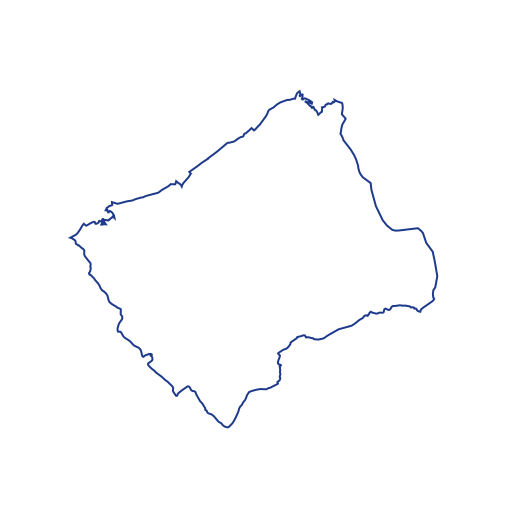 outline of Chibed, Mures, Romania, rotated 107°
{"feature_id": "2599482B68671964620043", "entity_name": "Chibed", "entity_type": "district", "adm_level": 2, "iso_a3": "ROU", "parent_name": "Romania", "parent_adm1": "Mures", "projection": "equal_earth", "projection_center": [24.976, 46.536], "detail": "fine", "context": "isolated", "style": "outline", "palette": "blue", "viewbox_px": 512, "rotation_deg": 107, "n_neighbors": 0, "source": "geoboundaries", "source_scale": "gbopen_adm2", "svg_char_len": 6062}
<svg xmlns="http://www.w3.org/2000/svg" viewBox="0 0 512 512"><g transform="rotate(107 256 256)"><path d="M297.8,429.3L297.6,429.0L297.7,428.4L299.1,425.5L299.8,423.4L300.6,422.1L301.0,421.8L304.6,420.8L306.2,419.6L309.1,415.5L311.1,412.4L312.6,411.6L314.5,411.4L315.4,410.7L316.4,410.4L319.1,410.1L321.2,410.7L321.7,410.5L322.0,409.9L322.5,409.7L322.7,408.0L323.9,406.0L324.7,404.4L326.3,402.4L328.8,398.4L330.0,397.1L332.2,395.2L333.2,394.0L334.0,392.7L334.3,391.3L335.4,389.0L336.1,387.9L337.2,386.6L342.1,383.5L343.0,382.4L344.2,379.6L345.2,375.2L346.1,372.7L346.0,371.6L346.3,369.9L346.5,369.7L351.2,368.4L353.0,366.2L354.6,365.7L355.8,365.7L360.1,367.1L361.5,367.3L365.9,367.2L367.6,366.6L368.6,365.9L368.6,365.1L368.1,363.8L368.1,363.3L369.2,361.9L371.3,359.7L372.4,358.1L374.2,351.8L377.1,346.9L377.5,345.1L378.0,341.7L378.5,340.4L379.3,339.1L380.0,338.5L384.7,335.6L385.3,334.9L385.4,334.3L385.2,334.1L384.2,333.5L383.1,332.5L382.4,331.4L381.0,329.7L380.4,328.1L380.6,327.0L380.9,326.7L381.3,326.9L381.6,327.9L381.8,327.9L382.8,326.1L383.6,325.4L385.4,324.7L386.3,324.9L387.9,325.9L390.1,327.7L390.7,327.7L391.7,327.3L392.7,325.8L394.4,322.5L395.3,320.0L396.7,317.4L397.7,314.7L398.9,311.2L401.1,306.6L402.1,303.7L405.1,297.9L406.1,296.8L406.6,296.6L409.4,296.0L410.0,295.4L413.0,291.7L413.1,291.3L412.8,290.8L412.2,290.5L410.6,290.4L408.6,289.3L404.8,286.6L402.3,284.5L401.3,283.9L400.5,283.0L400.5,281.9L400.8,281.2L403.3,278.6L403.5,278.0L403.6,276.9L403.4,275.7L403.7,274.3L406.6,271.9L411.2,267.0L412.6,264.4L416.3,260.2L416.8,259.8L417.4,259.8L418.0,259.5L418.4,257.9L419.7,256.9L420.1,256.3L420.4,255.2L420.4,252.5L421.5,249.5L425.2,243.8L425.6,242.8L426.1,240.3L427.4,238.5L427.8,237.6L428.3,235.8L428.3,234.0L428.0,232.5L426.6,231.5L422.5,229.5L417.9,228.4L413.7,227.8L409.8,227.4L406.7,227.5L404.7,227.1L402.3,225.9L400.0,225.6L396.5,224.2L391.3,223.8L388.1,222.8L386.2,220.4L383.7,216.4L382.0,213.0L380.4,207.1L378.5,205.2L377.8,203.7L376.7,202.8L372.3,198.2L371.6,197.7L370.3,198.7L368.1,197.1L365.7,197.0L364.7,198.0L361.5,198.2L360.1,199.2L358.3,199.4L357.2,200.0L355.7,200.4L354.8,201.1L354.3,201.1L354.0,200.6L353.3,200.2L352.9,200.6L352.9,202.1L352.7,203.1L351.7,203.9L349.3,204.1L345.3,203.8L344.1,204.1L343.6,205.3L342.6,206.4L341.0,205.3L337.8,202.6L335.7,199.8L334.1,198.8L331.1,197.6L329.8,197.4L328.5,197.6L323.9,193.9L322.1,192.7L321.7,192.9L321.4,192.7L319.1,188.9L318.1,187.7L317.7,186.5L317.7,186.1L318.1,185.5L319.2,184.4L319.2,184.1L318.8,183.8L318.3,181.4L318.2,178.4L318.0,177.7L318.0,177.3L318.5,176.3L318.5,175.5L317.6,171.8L315.6,168.2L314.4,166.6L312.4,165.3L308.6,161.9L301.8,155.4L294.8,144.3L292.3,142.1L286.9,138.4L283.9,135.6L282.3,135.2L280.9,134.2L280.5,133.1L280.7,132.2L280.4,131.6L279.5,131.6L278.6,130.9L277.4,130.9L276.2,130.3L275.7,129.8L276.1,129.1L276.0,124.2L275.3,122.8L274.0,121.3L273.2,118.2L272.4,117.5L269.5,117.7L268.8,117.2L268.4,116.6L268.9,113.9L268.6,112.9L267.9,112.1L264.9,111.4L263.8,110.4L262.9,107.8L261.3,104.6L260.6,101.8L260.7,101.2L259.8,98.9L259.3,94.9L259.3,93.7L259.9,92.8L259.2,91.2L259.2,89.8L260.0,89.1L259.5,87.9L260.1,86.6L260.9,86.0L261.3,84.8L261.3,82.6L259.0,82.6L256.6,81.1L247.7,74.1L245.8,73.2L244.8,73.1L243.9,74.3L240.8,75.7L236.9,76.4L233.5,75.4L222.4,76.7L209.8,83.0L200.3,88.2L193.6,97.1L185.2,103.1L183.7,105.4L182.1,109.3L190.0,127.2L191.0,130.3L191.1,133.4L188.6,139.7L184.7,145.3L173.3,155.9L159.1,164.9L152.7,167.7L149.5,176.9L147.3,179.9L145.1,181.9L142.1,183.8L139.7,184.8L134.3,188.6L131.0,191.5L126.4,196.7L119.8,206.1L116.5,208.6L114.4,211.0L113.2,211.0L109.6,211.6L105.2,211.9L98.9,210.4L98.3,210.6L95.3,215.4L91.3,215.9L88.9,216.4L85.5,217.7L84.4,218.7L84.5,219.8L84.4,223.7L83.7,226.6L85.2,225.9L86.2,226.4L86.5,226.8L86.3,227.7L88.2,228.3L88.7,228.9L89.0,231.7L89.4,232.1L90.0,232.1L90.6,233.2L91.1,233.6L92.9,233.8L93.5,234.4L94.6,236.4L95.6,235.8L97.3,235.6L98.6,235.1L99.0,235.2L99.4,235.8L102.8,237.7L100.2,239.9L99.2,241.2L99.3,242.0L99.0,242.5L96.6,244.8L96.6,245.1L96.8,245.2L97.1,244.9L98.0,245.7L97.9,246.1L96.4,247.7L96.5,248.7L94.8,251.4L94.0,253.7L93.6,253.6L93.6,253.4L94.0,252.1L94.1,251.3L93.4,250.9L94.0,247.2L92.7,247.2L92.4,247.7L91.4,251.0L90.9,255.1L91.1,255.7L92.5,256.8L92.7,257.2L92.5,257.9L92.3,258.2L91.4,258.0L90.3,258.0L89.2,258.4L88.0,258.6L87.9,258.8L88.1,259.2L88.8,259.8L90.1,260.5L90.3,260.7L90.2,260.9L90.0,261.1L88.7,260.8L88.2,261.0L85.7,262.4L86.2,262.9L88.4,264.3L91.1,264.6L94.2,264.7L94.3,265.5L94.7,266.2L96.9,269.6L97.7,271.9L101.9,277.5L104.8,280.1L106.7,281.4L108.5,282.4L112.3,286.1L113.8,286.6L116.8,286.8L119.4,287.4L126.5,289.8L129.9,291.0L130.8,291.8L131.8,292.1L135.8,294.1L136.5,294.6L136.5,294.9L135.7,296.0L135.0,297.7L138.1,299.4L141.6,301.6L142.0,302.3L142.7,302.9L145.3,303.2L145.9,303.8L146.9,305.5L148.5,307.0L152.9,310.4L155.5,314.7L156.0,316.0L156.5,316.6L167.5,323.7L176.8,330.5L177.0,330.3L182.3,334.8L187.4,338.4L195.1,344.4L196.3,342.4L200.3,343.5L207.6,346.8L209.8,347.3L211.3,347.3L210.1,348.5L209.4,349.7L208.9,351.7L207.8,354.2L210.4,354.1L211.1,354.3L212.2,358.5L214.9,360.2L220.3,365.3L224.0,367.9L230.8,378.9L233.0,381.3L233.8,383.2L236.7,387.6L239.2,390.7L241.3,395.1L246.6,403.7L246.6,409.5L249.3,408.4L250.5,409.8L250.8,410.6L253.9,412.8L254.1,412.7L256.2,413.1L256.1,412.7L255.2,412.1L255.3,411.7L256.2,411.4L257.5,410.1L257.4,409.7L256.0,409.4L255.7,409.1L255.7,408.6L255.9,407.8L256.7,405.9L257.9,404.7L258.3,404.1L258.6,403.8L261.1,402.4L260.1,404.5L261.6,405.2L262.8,406.2L263.6,406.5L263.9,407.0L264.6,407.1L265.2,407.7L265.0,408.1L265.5,408.9L265.5,410.1L266.1,411.6L265.5,412.4L265.3,412.8L265.4,413.3L265.8,413.6L266.5,413.8L266.9,413.3L267.5,411.5L269.6,408.9L270.1,410.9L271.0,412.2L271.2,413.1L270.8,413.1L268.5,412.1L268.2,416.1L268.7,416.4L270.0,416.3L271.8,417.9L272.1,419.0L270.6,420.2L270.7,421.0L272.0,422.8L276.6,427.1L276.6,427.7L275.5,430.1L277.8,431.0L281.4,431.8L285.1,432.9L287.5,433.9L288.7,434.8L292.8,438.9L292.8,437.7L293.7,434.2L294.4,433.1L296.9,431.8L297.2,431.2L297.3,430.3L297.8,429.3Z" fill="none" stroke="#1e3a8a" stroke-width="2"/></g></svg>